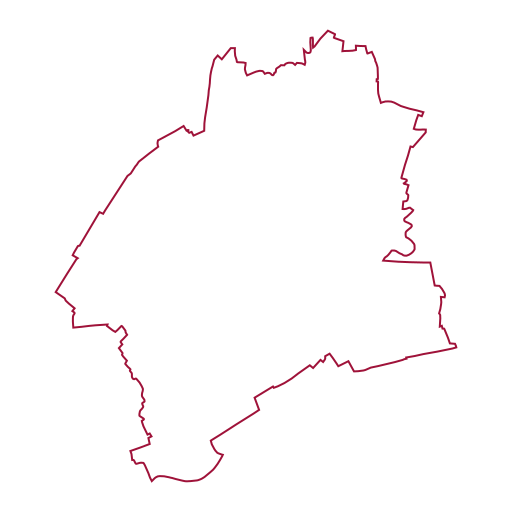 Thai Binh, Thái Bình, Vietnam
{"feature_id": "81297802B85054848055124", "entity_name": "Thai Binh", "entity_type": "district", "adm_level": 2, "iso_a3": "VNM", "parent_name": "Vietnam", "parent_adm1": "Thái Bình", "projection": "orthographic", "projection_center": [106.35, 20.453], "detail": "fine", "context": "isolated", "style": "outline", "palette": "rose", "viewbox_px": 512, "rotation_deg": 0, "n_neighbors": 0, "source": "geoboundaries", "source_scale": "gbopen_adm2", "svg_char_len": 5962}
<svg xmlns="http://www.w3.org/2000/svg" viewBox="0 0 512 512"><path d="M217.7,55.5L214.2,59.7L212.5,66.3L211.8,68.4L211.0,72.0L210.4,75.4L210.0,79.7L209.8,83.3L209.4,86.8L208.8,90.2L208.4,95.2L206.7,107.6L205.1,117.3L204.4,123.4L204.2,130.8L193.5,135.6L191.6,131.9L189.2,132.8L187.7,131.3L188.3,130.7L188.4,130.4L188.4,130.1L187.9,130.0L186.5,130.6L183.6,126.0L175.1,131.2L158.0,140.4L157.7,141.8L157.5,143.3L157.8,145.4L158.2,146.7L149.3,153.4L138.9,161.6L138.1,162.7L136.8,164.7L135.3,166.4L130.8,173.4L129.8,174.2L127.5,175.9L105.2,210.3L103.1,213.8L99.5,212.1L79.6,245.7L78.2,245.9L77.8,246.2L74.0,252.6L72.7,255.3L77.7,258.2L76.4,259.2L66.7,274.4L55.7,292.1L64.5,298.2L64.8,298.5L65.5,300.2L65.9,300.8L69.0,303.7L74.6,308.3L72.4,311.1L74.3,312.5L74.6,313.1L74.4,313.7L73.4,315.2L73.0,316.5L72.9,318.4L72.9,321.8L73.3,327.6L81.7,326.8L89.1,325.9L95.4,325.3L107.5,324.5L107.0,326.0L112.6,330.3L115.3,331.9L117.3,330.2L121.4,326.0L122.2,326.3L125.4,330.6L125.6,332.2L126.2,333.4L127.1,334.8L123.2,339.0L121.1,341.0L120.7,341.6L120.6,341.9L120.7,342.2L122.3,344.4L118.9,348.1L122.5,353.0L122.5,353.5L122.0,354.8L123.1,356.4L126.9,360.7L125.3,363.5L125.3,363.9L125.6,364.3L127.8,366.8L129.8,368.6L130.4,369.3L130.4,369.6L129.9,370.6L130.0,371.0L131.5,372.8L131.8,373.3L131.9,374.3L131.9,376.7L132.1,377.4L132.5,378.1L132.9,378.7L133.7,379.1L134.2,379.2L135.6,378.6L136.0,378.6L136.6,379.1L139.6,382.6L141.6,386.0L142.5,387.9L142.9,388.9L142.9,389.5L142.7,391.0L142.1,393.1L141.9,395.1L142.0,396.1L142.4,397.0L144.0,399.2L144.4,399.9L144.5,401.1L144.5,401.5L144.1,401.9L142.6,402.8L142.2,403.3L142.4,404.5L143.2,406.2L143.1,407.1L142.1,408.6L140.4,410.4L139.9,411.4L139.4,414.0L139.4,415.5L139.5,415.8L140.1,416.3L142.9,418.1L143.7,418.7L143.9,419.1L143.8,419.4L143.6,419.7L141.8,420.9L142.1,422.3L143.5,426.4L147.5,434.6L149.7,433.5L151.5,436.4L148.4,438.0L149.7,444.0L140.1,447.6L130.4,451.0L131.5,454.1L132.2,460.0L133.0,459.9L133.5,460.0L134.0,460.4L135.5,463.3L135.9,463.7L136.3,463.8L136.9,463.7L139.6,462.9L141.2,462.7L143.3,462.9L143.7,463.2L144.9,465.3L148.4,473.2L150.0,477.6L151.8,481.1L154.9,478.0L155.9,477.3L157.7,476.4L159.8,476.1L164.2,476.3L169.2,477.3L170.7,477.7L172.2,478.0L175.6,479.0L182.2,480.6L185.1,481.2L186.9,481.3L190.5,481.1L197.1,480.4L198.3,480.1L200.7,479.2L202.1,478.5L204.5,477.0L210.4,472.1L213.1,469.7L214.7,467.8L217.6,463.9L219.9,460.2L222.2,456.2L222.8,454.8L221.9,454.6L218.3,453.3L217.2,452.7L216.1,451.4L215.5,450.8L214.3,449.0L211.8,444.3L210.8,440.6L220.3,434.7L236.6,424.2L253.5,413.6L259.1,409.9L254.6,397.7L273.0,386.5L273.8,387.8L277.8,386.3L284.5,383.0L291.7,378.5L298.2,373.5L309.8,365.3L313.1,368.0L320.5,359.9L323.1,362.0L324.6,359.9L325.0,359.1L325.2,358.5L325.2,356.2L329.6,353.7L332.8,358.0L336.7,363.7L338.3,366.2L348.4,361.2L354.0,371.4L358.1,371.2L363.4,370.5L365.3,370.0L370.8,367.6L378.0,366.1L394.8,362.1L402.7,359.9L404.2,359.2L406.5,358.7L406.2,357.5L414.8,356.0L423.3,354.1L437.4,351.6L452.5,348.5L456.3,347.4L455.9,345.8L455.0,343.8L449.9,343.4L447.9,337.6L444.4,329.1L444.0,328.6L442.5,328.6L441.8,325.8L439.8,326.6L440.3,318.3L440.2,315.9L440.2,315.1L439.9,314.4L439.1,313.4L440.3,309.1L441.1,304.2L441.3,302.1L440.9,296.9L444.6,297.3L445.0,295.4L444.9,294.7L444.7,293.7L444.3,292.8L441.9,288.8L440.2,286.8L439.5,285.9L436.3,285.7L434.7,285.5L430.3,262.5L422.5,262.5L410.1,262.2L398.0,261.7L383.2,260.6L384.4,258.3L385.4,257.2L386.8,256.3L388.3,254.9L390.4,252.3L391.5,250.7L391.9,250.5L394.2,250.5L396.0,251.0L399.4,253.2L402.2,254.4L403.2,255.2L404.4,255.6L406.5,255.7L408.9,254.8L411.4,253.2L413.1,251.6L414.5,249.5L414.6,248.9L414.5,245.2L414.1,244.0L411.5,240.8L409.0,238.8L407.6,237.9L406.4,237.4L406.1,237.1L405.7,235.8L405.6,234.6L405.6,233.7L405.7,232.4L405.9,232.0L406.3,231.4L407.7,230.1L411.1,227.3L411.8,226.1L411.7,225.5L411.6,225.0L411.2,224.5L410.0,223.8L408.4,222.9L406.4,222.1L404.8,221.3L404.3,220.6L404.2,219.8L404.3,218.9L405.2,217.8L406.6,216.9L411.1,212.8L412.7,211.1L413.2,210.1L411.8,209.1L410.0,207.7L408.9,207.8L406.3,208.8L404.3,209.1L402.6,209.0L403.3,201.5L406.2,201.1L406.9,200.7L407.3,200.3L407.6,199.6L408.1,197.7L408.3,195.2L408.1,194.8L406.8,193.7L406.4,193.2L406.4,192.5L408.5,185.2L406.3,184.3L404.3,183.9L403.9,183.6L403.8,183.4L404.0,183.3L406.5,181.3L406.8,180.8L406.8,180.4L406.7,180.1L406.5,179.7L404.5,179.0L402.0,178.5L401.5,178.2L401.4,177.7L405.0,164.8L408.0,155.5L410.5,146.5L412.9,147.1L425.7,132.4L425.8,129.6L423.3,129.5L419.6,129.7L416.9,129.6L415.4,129.4L413.8,128.8L416.3,120.2L418.2,114.9L421.8,116.2L423.4,112.2L416.8,110.4L409.5,108.7L403.6,106.9L400.8,106.0L394.2,102.6L391.2,101.6L388.2,101.4L385.4,101.5L382.4,102.3L380.9,102.9L379.2,97.1L378.3,93.6L378.0,89.9L378.0,84.1L378.1,82.3L378.0,81.6L376.6,81.4L376.7,79.2L377.9,78.9L377.9,76.1L377.6,67.7L377.2,66.1L376.8,64.8L376.1,62.7L375.3,61.1L375.0,59.1L371.8,51.9L367.6,53.5L367.3,53.4L366.1,49.1L365.5,46.1L360.2,46.0L355.9,45.7L356.0,50.0L355.7,50.1L352.4,50.7L348.7,50.9L344.5,51.0L342.4,51.2L343.5,41.2L334.4,38.0L333.9,37.7L334.0,37.1L335.0,34.6L335.0,34.2L327.9,30.7L320.4,38.6L314.6,46.4L313.1,47.6L312.9,45.5L312.9,39.9L312.8,38.4L312.6,37.6L311.1,37.7L310.5,38.0L310.3,42.2L310.8,50.3L310.5,51.9L310.1,52.5L308.9,53.0L307.3,52.9L306.4,52.5L303.8,49.8L304.9,59.7L305.2,60.9L305.3,62.6L305.0,63.8L304.7,64.8L302.4,63.6L301.3,63.3L298.4,63.0L296.9,62.9L295.1,64.9L293.1,63.2L292.0,62.8L289.4,62.7L288.3,62.8L287.2,63.1L285.8,63.7L285.0,64.3L284.4,65.3L280.9,65.2L279.5,66.5L276.9,68.2L276.2,68.9L276.1,69.3L275.8,71.6L275.4,72.5L274.8,72.5L274.5,72.7L274.2,73.1L274.0,73.9L273.6,74.7L273.0,75.2L272.2,75.1L271.5,74.6L270.7,73.7L269.6,73.0L268.9,72.9L267.3,72.9L266.6,73.1L264.8,73.8L263.3,71.7L262.6,71.1L260.9,70.9L259.2,70.9L256.2,71.6L253.6,72.6L247.1,75.4L245.8,72.8L244.9,69.3L245.0,67.6L245.5,65.0L245.6,63.0L243.4,62.5L237.4,62.2L236.9,61.9L236.5,59.7L235.2,55.8L234.8,51.3L234.9,48.1L230.8,48.1L221.8,59.3L217.7,55.5Z" fill="none" stroke="#9f1239" stroke-width="2"/></svg>